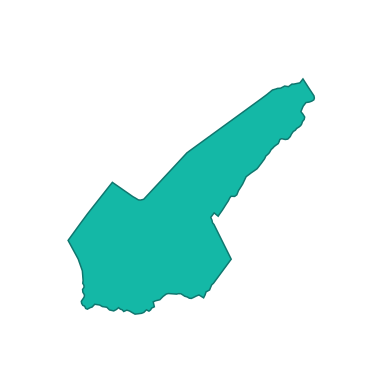 Angicos, Rio Grande do Norte, Brazil (orthographic projection), rotated 306°
{"feature_id": "56859067B90087900248405", "entity_name": "Angicos", "entity_type": "district", "adm_level": 2, "iso_a3": "BRA", "parent_name": "Brazil", "parent_adm1": "Rio Grande do Norte", "projection": "orthographic", "projection_center": [-36.539, -5.642], "detail": "fine", "context": "isolated", "style": "filled", "palette": "teal", "viewbox_px": 384, "rotation_deg": 306, "n_neighbors": 0, "source": "geoboundaries", "source_scale": "gbopen_adm2", "svg_char_len": 1910}
<svg xmlns="http://www.w3.org/2000/svg" viewBox="0 0 384 384"><g transform="rotate(306 192 192)"><path d="M80.0,120.2L70.9,139.3L63.8,149.6L56.4,155.9L53.9,157.3L53.0,159.4L51.4,160.7L48.9,160.7L46.8,162.6L45.5,165.5L43.6,166.5L38.5,166.7L37.0,168.2L36.1,170.3L36.5,172.3L35.3,174.4L35.7,176.2L38.4,177.5L40.2,178.8L44.0,179.3L46.3,183.7L46.6,186.8L48.7,190.8L48.1,194.6L49.8,198.6L52.5,199.9L55.3,200.6L55.1,202.9L55.7,204.8L55.2,207.0L58.1,208.7L59.0,211.3L59.4,215.5L59.7,217.7L62.1,220.3L64.2,222.5L66.3,223.8L69.9,224.4L70.3,227.2L72.3,227.8L74.3,227.6L77.0,229.0L80.3,225.2L82.5,226.4L85.9,229.3L90.5,230.0L94.4,231.2L96.0,232.6L100.3,239.5L101.8,240.8L103.2,242.9L103.4,247.3L104.3,249.9L104.5,252.2L105.5,254.0L107.2,255.0L110.7,256.8L112.8,258.2L113.2,263.6L116.3,263.1L119.4,262.1L123.1,263.8L125.4,263.2L128.5,262.5L130.8,263.0L160.7,263.2L178.6,228.9L179.2,226.6L180.9,224.8L182.5,222.1L188.1,222.2L187.8,227.4L190.0,227.3L195.6,227.2L201.8,226.8L206.0,226.6L209.7,226.0L211.5,226.1L213.5,229.1L216.1,229.9L220.4,228.8L225.4,228.5L228.2,228.3L236.2,226.8L241.9,228.5L249.1,231.0L256.5,231.2L261.6,231.2L264.5,230.6L267.0,231.2L269.2,231.5L272.9,231.1L274.7,231.5L277.2,231.8L279.5,232.5L281.9,233.3L284.3,232.8L286.1,232.2L287.8,233.2L289.3,236.6L291.1,238.4L294.5,238.9L297.4,238.4L300.5,238.4L302.8,239.3L304.9,239.3L307.6,240.4L309.6,240.9L311.4,240.8L313.8,240.0L316.7,240.1L318.9,239.1L320.2,235.9L321.0,232.9L325.0,231.9L326.8,231.5L329.3,231.6L331.3,231.6L333.7,234.0L335.9,235.5L338.2,236.4L339.9,235.8L341.5,234.1L345.0,224.8L348.7,215.3L343.7,215.1L341.4,213.0L339.2,211.0L338.0,209.4L333.9,208.1L332.2,204.7L328.0,202.6L326.1,200.3L324.6,199.3L321.8,197.1L314.5,195.2L308.1,193.2L220.9,164.9L206.8,163.2L157.7,157.2L155.2,155.1L154.1,153.3L153.8,149.5L153.5,147.1L153.0,121.9L148.5,121.7L113.0,120.3L100.7,120.2L80.0,120.2Z" fill="#14b8a6" stroke="#0f766e" stroke-width="1.5"/></g></svg>